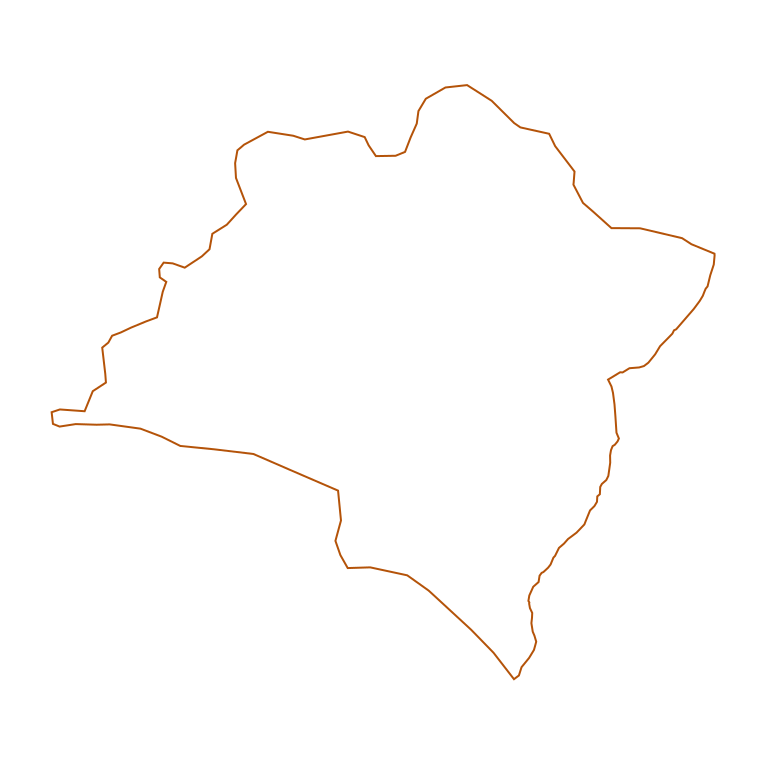 the district of Faro-et-Deo, Adamaoua, Cameroon, rotated 179°
{"feature_id": "32672807B79440248069412", "entity_name": "Faro-et-Deo", "entity_type": "district", "adm_level": 2, "iso_a3": "CMR", "parent_name": "Cameroon", "parent_adm1": "Adamaoua", "projection": "orthographic", "projection_center": [12.392, 7.524], "detail": "fine", "context": "isolated", "style": "outline", "palette": "amber", "viewbox_px": 768, "rotation_deg": 179, "n_neighbors": 0, "source": "geoboundaries", "source_scale": "gbopen_adm2", "svg_char_len": 2150}
<svg xmlns="http://www.w3.org/2000/svg" viewBox="0 0 768 768"><g transform="rotate(179 384 384)"><path d="M519.8,625.7L522.3,623.6L526.5,620.2L529.0,607.4L528.4,592.6L518.8,566.3L529.0,556.0L538.4,546.0L553.0,537.2L556.1,521.8L563.9,514.8L581.2,503.8L593.2,508.3L602.2,509.2L606.8,502.9L606.3,494.5L599.9,489.9L603.6,480.1L606.5,468.1L609.8,454.6L620.9,450.7L635.9,444.8L646.3,440.1L655.0,437.0L658.9,430.2L665.1,425.3L662.5,398.9L662.0,390.3L675.3,381.9L683.8,362.0L708.5,364.2L716.8,361.6L715.7,349.9L709.1,347.1L692.9,349.3L672.1,348.3L659.0,348.4L628.3,343.6L607.2,335.2L588.7,325.6L555.2,321.7L515.8,316.3L481.5,300.7L479.1,299.6L431.8,278.2L429.4,248.3L435.3,228.0L430.6,213.7L423.5,200.6L401.0,200.9L364.1,192.3L343.0,176.7L339.4,173.3L301.1,136.7L279.2,113.4L259.2,86.6L254.2,90.2L251.4,98.5L246.9,103.8L243.7,107.6L238.7,115.5L237.3,120.2L236.3,123.7L238.0,129.8L239.6,133.7L240.8,142.3L240.1,147.7L239.8,152.5L242.0,157.4L242.7,161.8L242.5,163.1L243.4,164.6L242.4,170.0L238.3,178.7L232.9,183.3L231.8,189.6L229.7,192.4L227.9,193.2L225.3,195.5L223.1,197.5L220.6,200.6L217.6,207.5L216.0,209.1L211.9,217.1L206.8,221.3L202.7,225.8L194.1,232.0L186.1,240.1L184.9,243.0L180.2,254.0L175.7,258.3L173.1,262.5L172.7,267.9L170.1,270.0L169.6,277.3L167.9,280.3L163.4,284.1L161.3,288.2L160.5,293.2L159.2,301.3L159.2,308.6L158.2,313.9L156.5,317.9L154.3,319.2L151.5,322.5L150.1,325.4L152.4,331.2L153.2,347.7L153.9,359.6L155.2,371.1L156.6,377.5L159.9,384.5L147.7,391.6L145.2,391.4L142.0,393.3L138.3,395.5L128.6,396.1L123.8,397.4L119.3,400.7L112.4,408.9L107.3,417.0L97.9,426.2L96.1,428.0L94.8,429.3L93.1,432.6L90.9,433.6L72.9,453.7L66.9,461.5L63.7,466.6L61.9,471.0L60.7,473.7L58.8,475.9L55.9,487.0L52.2,497.7L51.2,506.9L51.3,508.5L74.2,518.4L83.4,524.6L125.2,535.2L153.9,535.9L171.5,552.3L181.9,561.6L191.1,580.0L190.8,582.5L189.8,593.1L208.7,618.8L214.5,631.3L241.2,637.7L243.2,638.2L249.3,642.6L271.4,665.3L295.7,681.4L317.4,679.4L337.2,668.5L344.8,656.3L346.7,643.8L353.1,630.0L358.9,615.7L368.4,612.0L388.1,612.0L395.2,622.9L399.0,631.2L415.6,637.0L458.9,629.9L470.4,633.8L495.7,638.2L519.8,625.7Z" fill="none" stroke="#b45309" stroke-width="2"/></g></svg>